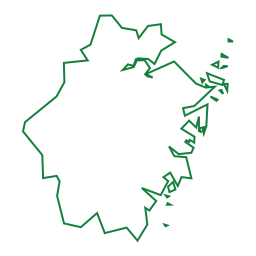 the border of Zhejiang
{"feature_id": "CHN-1820", "entity_name": "Zhejiang", "entity_type": "Province", "adm_level": 1, "iso_a3": "CHN", "parent_name": "China", "parent_adm1": "", "projection": "natural_earth1", "projection_center": [120.785, 29.18], "detail": "medium", "context": "isolated", "style": "outline", "palette": "green", "viewbox_px": 256, "rotation_deg": 0, "n_neighbors": 0, "source": "natural_earth", "source_scale": "10m", "svg_char_len": 1849}
<svg xmlns="http://www.w3.org/2000/svg" viewBox="0 0 256 256"><path d="M175.0,42.2L161.3,50.5L154.5,64.0L148.3,59.0L138.1,58.4L135.9,59.2L133.5,65.8L127.9,64.4L122.7,70.0L133.7,67.1L136.8,60.4L144.7,60.2L150.0,68.1L145.2,74.3L147.6,76.4L152.7,77.5L145.9,74.1L174.1,61.5L195.9,83.5L205.8,87.6L214.8,86.7L194.3,106.0L183.0,108.2L184.9,115.7L207.5,104.3L206.3,126.7L198.9,128.3L199.0,116.6L196.1,127.5L189.1,120.6L181.4,128.7L194.5,136.8L194.2,142.6L189.7,139.9L189.0,141.8L186.4,140.3L185.3,141.9L193.6,147.7L191.3,152.8L178.7,154.1L169.0,146.5L174.4,156.2L186.2,157.2L191.4,178.3L181.5,177.1L177.8,186.0L170.2,172.6L163.5,177.2L168.2,181.1L160.7,195.1L141.8,188.0L156.2,201.0L149.4,210.5L145.3,207.8L147.3,224.6L137.5,240.6L126.6,227.6L104.8,233.1L97.1,213.1L80.8,227.2L64.0,223.4L57.1,195.9L59.6,181.3L56.6,175.9L43.1,178.1L42.3,155.1L23.0,131.4L25.0,122.2L56.5,96.5L64.4,82.2L63.9,62.9L87.7,60.4L80.8,49.8L90.5,44.6L99.9,15.7L111.8,15.4L121.9,27.9L136.2,30.3L138.7,38.1L148.0,26.0L160.9,24.2L161.6,34.5L175.0,42.2ZM224.0,79.9L222.4,85.0L209.7,81.4L207.0,73.2L224.0,79.9ZM173.1,182.0L175.4,189.5L169.5,192.1L168.0,186.7L173.1,182.0ZM218.5,61.6L218.1,67.6L212.1,64.8L218.5,61.6ZM210.4,96.5L217.5,99.7L216.4,100.8L210.4,96.5ZM205.5,128.4L203.8,133.7L202.8,129.5L205.5,128.4ZM201.1,78.7L204.6,79.9L202.3,82.5L201.1,78.7ZM227.7,83.9L227.2,90.7L223.9,83.9L227.7,83.9ZM221.7,54.0L228.3,57.8L221.4,56.6L221.7,54.0ZM221.4,89.9L223.2,93.9L219.6,90.5L221.4,89.9ZM227.7,66.2L222.9,67.7L221.6,67.9L223.8,65.9L227.7,66.2ZM199.1,129.3L201.6,132.4L198.8,130.8L199.1,129.3ZM167.2,197.4L165.7,195.4L168.9,196.3L167.2,197.4ZM228.6,39.2L233.0,41.6L228.5,41.4L228.6,39.2ZM167.7,203.2L170.4,204.6L167.0,204.7L167.7,203.2ZM206.0,84.8L208.4,86.4L206.3,86.7L206.0,84.8ZM164.5,224.6L167.2,225.4L165.5,226.2L164.5,224.6Z" fill="none" stroke="#15803d" stroke-width="2"/></svg>